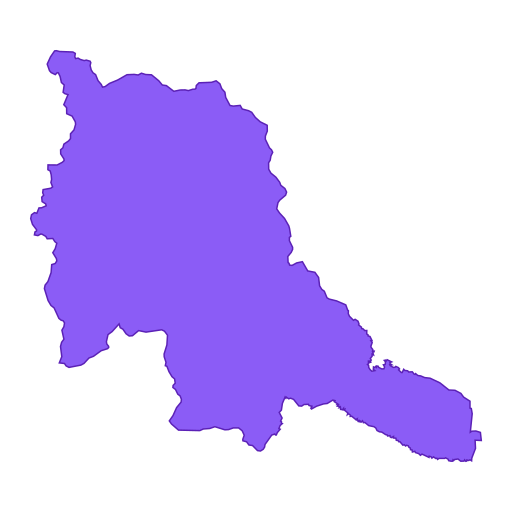 Lejanías, Meta, Colombia (orthographic projection)
{"feature_id": "7082276B92663278655025", "entity_name": "Lejanías", "entity_type": "district", "adm_level": 2, "iso_a3": "COL", "parent_name": "Colombia", "parent_adm1": "Meta", "projection": "orthographic", "projection_center": [-74.051, 3.626], "detail": "fine", "context": "isolated", "style": "filled", "palette": "violet", "viewbox_px": 512, "rotation_deg": 0, "n_neighbors": 0, "source": "geoboundaries", "source_scale": "gbopen_adm2", "svg_char_len": 5956}
<svg xmlns="http://www.w3.org/2000/svg" viewBox="0 0 512 512"><path d="M51.2,72.6L55.3,74.6L57.2,72.7L58.3,72.8L60.1,76.5L61.4,82.5L64.2,85.0L63.1,92.3L64.9,93.7L68.0,94.6L63.8,104.7L66.6,107.7L66.7,113.7L72.1,116.1L75.3,121.8L75.6,124.3L74.0,129.9L70.5,133.8L70.5,138.6L68.6,140.9L63.9,144.1L62.9,147.8L60.6,149.8L60.7,153.9L63.9,158.9L64.1,160.6L62.3,162.3L57.1,165.0L48.0,164.9L47.9,169.7L50.2,171.0L51.2,174.8L51.6,179.5L50.9,182.5L52.6,186.9L50.8,188.2L43.1,189.6L42.7,192.8L43.7,195.2L41.7,197.2L42.1,201.6L45.7,203.9L46.2,205.8L41.5,207.8L39.0,207.9L36.8,213.3L34.5,212.6L31.5,214.8L30.7,218.6L32.5,224.4L36.6,229.8L36.5,231.0L35.0,231.9L34.4,234.9L37.9,235.6L40.8,234.0L42.0,234.2L45.8,236.4L47.2,238.8L52.8,238.5L54.9,241.7L56.8,243.2L55.2,248.7L52.8,252.7L56.4,258.6L56.8,260.9L55.2,263.5L51.7,264.6L51.1,272.6L47.9,281.6L45.1,285.1L44.4,288.6L48.1,300.6L51.0,305.5L54.1,307.9L58.9,318.4L61.1,320.2L63.2,320.8L64.5,322.9L63.9,326.7L61.9,330.2L63.9,339.2L61.6,342.3L60.5,346.5L61.8,356.6L59.3,362.9L64.5,363.5L66.1,365.9L69.0,367.4L80.9,365.1L84.0,363.4L89.0,358.0L93.5,356.3L101.2,350.7L107.5,348.7L108.7,347.5L108.6,346.3L106.8,344.0L106.4,341.7L108.0,334.6L112.1,331.6L119.1,323.9L120.2,327.7L122.9,329.2L126.1,333.8L129.2,336.0L132.5,335.7L138.6,330.6L146.0,332.1L161.7,329.8L164.5,331.2L167.5,335.2L166.9,344.9L164.1,354.0L164.2,356.8L166.0,362.3L165.3,365.7L166.9,366.3L169.0,371.7L172.0,376.7L174.6,378.9L175.2,383.2L173.1,385.4L172.9,387.5L175.5,389.5L177.8,394.2L180.1,395.9L181.4,399.3L181.1,402.1L176.6,407.6L173.0,415.6L169.3,420.9L171.5,424.0L178.5,430.1L199.8,430.6L203.3,429.0L209.7,428.5L214.9,426.7L224.8,429.8L228.5,429.6L233.4,427.9L238.6,427.9L242.2,430.8L244.2,435.2L242.8,439.3L242.9,440.8L246.6,441.8L248.9,445.0L252.5,445.5L257.5,450.6L260.5,451.0L263.2,449.3L264.6,447.1L265.0,444.5L271.7,435.1L274.8,434.0L275.5,435.0L276.3,435.0L277.3,432.6L280.2,429.2L278.9,428.6L280.1,425.5L282.3,423.6L281.4,423.2L281.5,421.8L280.6,421.1L282.1,418.0L279.2,412.4L281.4,410.1L282.4,403.4L285.1,397.0L285.9,398.2L286.4,397.2L288.7,398.8L290.6,398.2L293.6,399.4L298.8,405.9L301.7,406.1L304.0,404.5L308.4,404.3L309.0,405.5L311.9,406.2L311.2,407.2L311.8,407.9L311.0,408.4L311.5,409.0L316.6,406.2L323.6,403.9L327.2,403.5L332.8,400.1L334.9,400.6L334.2,401.6L337.6,403.8L337.0,404.5L338.4,404.6L337.3,406.1L339.9,406.5L339.2,407.6L340.4,407.3L340.6,409.4L342.6,409.7L343.5,408.5L343.5,409.8L344.8,409.2L344.5,410.2L347.8,412.9L347.4,414.6L348.3,413.9L349.6,414.4L350.4,415.3L350.2,416.4L351.8,416.3L355.7,419.5L357.1,418.8L356.7,420.0L357.6,419.9L358.0,421.1L359.3,420.4L360.1,421.0L359.3,421.7L361.2,422.1L362.5,420.8L363.4,422.7L364.9,422.5L368.7,425.6L374.0,426.7L375.8,428.0L377.0,430.5L379.4,431.8L381.8,432.1L385.6,434.6L387.1,434.9L387.6,436.0L390.0,435.6L390.2,436.9L391.3,437.6L393.5,436.5L393.4,438.0L395.9,438.2L396.3,440.3L398.1,440.5L398.7,441.7L399.9,441.7L402.9,445.2L404.2,444.7L405.6,446.0L406.5,445.3L408.3,445.8L409.0,447.4L410.3,448.0L410.5,449.7L412.1,450.0L412.4,452.0L414.8,451.3L415.5,452.6L418.7,453.6L420.4,455.3L422.0,454.1L429.0,457.4L429.2,456.2L431.1,456.8L431.9,458.1L433.5,456.9L435.8,458.5L436.9,458.2L437.6,459.4L439.0,458.4L444.7,458.4L445.5,457.8L448.0,459.1L448.7,460.7L451.1,461.2L452.4,461.2L453.0,459.8L453.6,460.6L454.6,459.5L458.0,459.0L460.7,461.2L464.0,461.1L464.6,459.9L465.8,461.3L466.8,461.0L466.9,460.0L468.7,460.5L470.0,459.8L471.6,460.8L471.8,458.1L475.5,448.4L475.1,440.2L481.3,440.5L480.4,432.4L475.9,431.0L471.8,431.2L470.3,432.2L472.2,413.7L471.3,408.5L470.0,408.1L470.0,401.2L463.6,397.1L460.9,393.4L455.0,390.3L448.9,390.0L440.0,382.9L430.1,378.2L424.7,377.6L420.7,375.9L417.8,375.5L415.6,373.6L415.0,374.4L414.1,374.1L412.3,371.8L408.6,372.0L407.7,370.8L404.7,370.4L403.7,369.3L402.2,372.5L401.3,372.5L398.6,369.9L399.5,368.9L398.4,367.6L395.8,366.4L395.2,367.2L393.3,367.4L390.2,365.6L389.8,364.8L391.6,364.7L390.1,363.7L389.9,362.6L391.6,361.9L387.1,359.7L386.2,360.9L385.5,360.1L384.3,360.4L385.4,361.7L385.4,363.1L385.1,364.5L383.4,364.8L384.6,367.0L383.9,368.8L381.8,368.9L378.7,367.4L378.1,366.2L376.7,366.0L376.5,367.1L375.9,366.3L374.8,367.5L373.5,366.9L373.3,369.4L374.8,370.6L371.8,371.2L370.1,369.6L368.7,367.4L368.7,365.7L367.5,364.4L368.5,363.8L368.4,361.1L369.5,361.1L369.9,362.5L370.8,362.2L370.4,361.2L371.2,360.1L370.3,358.4L372.1,356.3L372.1,354.2L373.5,354.9L372.6,351.8L373.9,351.9L374.2,351.1L372.6,350.9L372.8,349.5L371.2,347.5L370.9,346.2L372.2,342.6L370.9,340.7L372.0,340.6L370.0,336.5L368.1,335.9L368.1,334.9L366.7,333.9L366.8,330.5L364.8,330.6L363.0,328.8L361.7,328.6L361.4,327.1L358.6,324.9L359.0,323.9L358.0,321.2L355.1,319.3L353.5,320.3L349.5,316.3L348.3,313.7L348.4,310.7L347.6,310.0L345.8,304.9L336.6,300.9L329.3,299.1L327.0,297.8L324.3,291.2L321.8,289.4L319.6,285.8L318.6,277.5L314.9,272.3L307.7,270.9L302.4,261.7L296.7,262.9L292.1,265.4L289.6,265.1L289.0,263.2L288.1,262.6L287.8,256.5L291.2,252.4L292.6,249.4L292.6,247.3L289.4,240.7L289.4,237.4L290.8,236.3L289.5,228.4L288.8,225.9L284.5,218.4L279.6,213.1L276.7,208.9L278.0,202.6L279.8,200.1L285.6,195.2L286.6,192.1L284.9,188.5L280.8,185.3L279.7,182.3L275.9,177.2L270.9,173.1L268.7,169.2L268.6,162.8L270.2,160.2L270.9,156.0L272.7,152.3L271.5,149.8L269.5,147.9L265.3,139.2L265.4,136.0L267.3,131.1L267.2,125.3L260.2,121.8L255.3,117.4L251.7,112.3L248.6,110.7L242.2,109.0L240.2,105.4L233.3,106.1L230.0,105.5L225.7,97.4L224.9,92.2L221.7,88.6L219.9,83.8L216.1,80.8L211.6,82.3L199.0,82.8L196.3,85.5L195.9,88.5L194.8,89.2L192.9,89.2L188.4,90.6L185.1,89.9L180.2,90.0L173.8,91.3L166.4,85.6L162.3,85.0L158.8,80.8L151.5,74.8L145.6,74.5L141.4,73.2L138.2,75.0L134.2,74.4L127.0,74.7L117.5,80.1L109.5,83.4L105.1,86.6L102.5,87.1L101.3,84.5L98.0,80.6L95.6,74.6L93.0,72.8L91.2,69.9L90.1,65.5L90.8,62.7L90.1,61.2L86.3,60.1L84.2,60.6L80.2,59.4L78.1,58.1L75.6,58.6L74.8,56.8L75.3,53.4L72.9,52.0L59.6,51.5L56.4,50.7L54.6,50.9L50.5,56.9L47.2,64.1L49.5,70.7L51.2,72.6Z" fill="#8b5cf6" stroke="#5b21b6" stroke-width="1.5"/></svg>